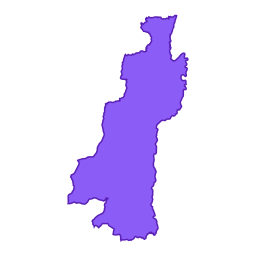 the district of El Zulia, Norte de Santander, Colombia
{"feature_id": "7082276B69134689190168", "entity_name": "El Zulia", "entity_type": "district", "adm_level": 2, "iso_a3": "COL", "parent_name": "Colombia", "parent_adm1": "Norte de Santander", "projection": "natural_earth1", "projection_center": [-72.603, 8.097], "detail": "fine", "context": "isolated", "style": "filled", "palette": "violet", "viewbox_px": 256, "rotation_deg": 0, "n_neighbors": 0, "source": "geoboundaries", "source_scale": "gbopen_adm2", "svg_char_len": 5826}
<svg xmlns="http://www.w3.org/2000/svg" viewBox="0 0 256 256"><path d="M156.0,233.3L156.6,230.6L157.1,229.7L157.8,229.0L158.0,228.3L157.5,225.4L156.7,223.2L156.9,221.6L155.9,219.3L153.9,218.2L153.2,217.4L153.4,216.5L155.0,215.8L155.1,215.3L154.7,214.6L154.6,213.4L154.1,212.7L153.6,210.8L152.5,208.7L152.5,206.8L151.6,206.1L150.9,204.8L151.0,203.9L151.6,203.4L152.4,200.8L152.7,199.2L152.0,197.0L152.6,195.5L152.8,190.5L152.6,189.9L151.7,189.0L151.5,187.5L153.5,185.7L154.0,182.8L154.5,182.2L155.4,181.8L155.8,180.5L155.7,179.3L155.0,177.3L154.9,176.1L156.1,171.6L154.7,168.3L153.7,167.1L153.3,163.9L154.1,160.1L153.6,156.0L153.8,154.6L154.2,154.1L155.7,153.9L156.3,152.8L156.5,146.4L155.5,144.8L155.5,143.6L157.1,141.0L157.4,140.0L157.2,139.0L156.2,136.7L156.3,136.0L156.7,135.3L156.6,134.4L156.9,132.8L157.9,129.6L157.6,128.9L156.4,128.4L156.4,126.9L156.9,124.9L161.3,120.7L162.5,120.3L165.2,120.5L166.9,119.1L169.7,119.0L170.3,118.5L171.0,117.0L171.8,116.0L172.9,115.6L173.7,116.0L174.4,115.9L175.0,115.4L175.5,114.4L176.8,113.7L177.1,112.9L177.0,111.0L177.3,110.1L178.0,109.5L178.8,110.0L179.5,109.8L181.5,106.7L181.4,105.7L180.6,104.4L180.3,102.3L180.7,101.0L181.5,99.7L182.0,97.9L183.0,96.6L183.3,95.3L183.4,90.1L184.2,89.4L185.7,89.6L186.2,88.9L186.0,87.9L184.4,85.4L184.8,84.6L185.9,84.6L186.1,84.4L185.8,80.8L185.2,80.3L183.3,80.7L182.1,80.3L181.2,79.0L180.9,77.5L181.3,75.6L182.4,74.7L183.5,74.8L185.3,76.4L185.8,76.3L186.2,75.8L186.3,74.8L186.0,73.8L185.9,72.7L186.2,71.5L187.0,70.0L187.2,68.7L186.7,67.7L185.3,67.5L185.0,66.7L185.3,66.0L186.5,65.2L186.8,64.3L186.7,63.5L185.8,62.3L185.7,60.9L186.2,60.4L187.6,60.1L187.9,59.4L187.7,58.7L187.0,58.0L185.3,58.5L184.6,58.0L184.3,56.8L184.9,54.3L184.6,53.5L183.9,53.1L182.6,53.4L180.7,54.9L178.7,57.4L175.2,60.6L174.2,60.7L173.9,61.0L173.7,60.7L172.5,60.5L172.0,60.0L171.8,59.4L171.4,59.2L170.9,59.2L170.7,59.0L171.4,55.3L170.6,54.7L170.5,54.2L170.1,53.8L170.2,52.9L169.8,52.3L169.6,51.1L169.7,49.8L170.6,48.9L170.1,48.0L170.7,48.0L170.8,47.2L170.3,46.8L170.2,45.2L169.8,45.5L169.8,44.7L170.1,44.2L169.7,43.8L169.8,43.1L169.3,42.5L169.6,42.2L170.3,42.0L170.2,41.4L170.7,41.4L170.9,40.9L170.2,39.4L170.3,37.9L169.7,36.4L170.4,35.8L170.3,35.4L170.7,34.6L170.3,34.5L171.6,33.2L171.8,32.0L172.4,30.9L172.5,29.3L173.7,27.3L173.8,24.2L174.8,22.4L175.0,20.8L176.4,16.7L176.6,15.7L175.9,15.4L174.8,15.6L173.0,17.1L171.2,17.0L170.4,16.5L169.8,16.9L168.7,16.6L168.6,17.4L169.1,17.7L168.8,18.1L169.0,18.6L168.7,18.9L167.6,18.2L167.0,18.4L166.5,18.3L164.8,19.1L164.0,18.8L162.1,18.9L161.4,18.4L160.8,17.3L158.6,17.1L158.0,17.6L157.0,16.9L154.6,17.1L152.6,17.7L151.6,17.6L151.2,17.8L150.2,17.7L148.9,16.9L147.2,18.5L146.9,18.5L146.4,17.8L145.7,18.8L145.9,20.1L147.0,21.2L147.0,21.5L144.8,22.6L143.3,24.2L141.6,22.9L141.0,23.2L141.0,23.9L141.7,25.3L141.8,26.0L141.1,26.7L140.9,27.7L143.3,30.6L143.6,31.3L144.8,31.3L145.9,31.9L148.6,32.4L148.9,33.4L150.3,34.4L150.4,35.9L151.4,36.7L151.5,37.9L151.1,39.2L151.6,40.6L151.5,41.1L150.8,42.4L150.6,43.2L149.7,43.7L149.6,44.6L149.0,44.9L148.1,44.8L147.8,45.6L146.7,46.4L146.2,47.5L146.8,47.9L146.9,48.4L145.9,49.0L146.0,49.8L146.5,50.7L146.3,51.3L145.2,51.4L144.4,52.0L142.6,51.0L140.7,51.1L140.3,51.4L139.7,52.6L138.2,52.8L137.5,53.1L136.3,52.9L134.4,54.4L133.7,54.5L132.7,54.0L132.2,54.3L131.8,55.2L131.6,55.4L130.9,55.1L129.3,55.1L128.4,54.5L127.8,54.8L127.2,55.6L126.0,55.4L125.5,54.5L125.1,54.9L123.5,59.9L123.6,61.1L122.4,62.6L122.7,64.5L122.1,65.3L122.0,65.7L122.4,69.2L121.2,71.5L122.2,74.7L121.1,76.0L120.5,77.8L120.9,78.7L122.1,79.1L125.6,79.5L126.3,79.2L126.8,79.5L126.6,80.2L126.2,80.1L126.3,81.2L126.9,82.1L126.1,83.2L126.1,84.7L125.8,85.3L126.4,86.4L126.8,88.1L125.3,92.5L124.1,94.5L124.5,95.8L123.3,97.3L120.6,98.5L119.7,98.5L119.6,99.1L119.9,100.5L119.7,101.0L118.1,100.8L116.9,101.3L115.5,101.2L114.9,102.0L112.7,102.5L110.8,102.1L108.9,102.1L108.6,102.5L107.6,102.8L107.4,103.6L106.3,103.4L105.5,104.0L106.0,104.9L105.1,106.4L105.3,107.2L104.7,107.8L104.6,112.3L103.8,113.2L104.1,114.7L103.4,115.8L103.2,117.0L103.8,118.4L102.9,120.9L102.7,122.4L102.0,124.9L103.2,129.8L103.2,131.0L103.6,131.7L104.3,134.3L103.9,135.9L102.9,138.0L102.8,138.7L101.4,141.6L99.5,143.5L97.6,147.0L97.3,148.2L97.3,150.4L96.4,152.8L93.5,156.5L92.1,157.0L89.8,156.8L88.0,157.0L85.5,158.6L83.7,158.6L81.9,159.0L78.1,160.1L77.7,160.4L79.0,162.4L79.1,163.7L78.4,165.5L74.5,173.2L72.1,174.8L71.5,174.8L70.8,176.3L70.8,177.2L71.6,178.1L71.8,179.3L72.8,180.7L72.9,182.2L73.3,184.0L73.3,185.4L74.1,186.1L74.2,187.8L73.8,188.6L73.6,190.2L72.5,191.3L72.0,192.7L71.3,193.4L68.8,194.7L68.2,196.0L68.3,203.1L68.1,203.6L70.2,203.6L72.6,202.8L73.6,202.2L74.9,202.3L76.5,203.2L78.5,202.7L80.2,202.9L82.1,203.8L84.6,204.1L85.8,203.6L87.2,202.3L88.2,200.9L88.5,200.0L89.5,199.0L91.2,199.0L94.5,197.7L96.5,198.3L98.8,199.6L102.6,200.5L103.5,201.0L104.5,200.6L105.0,200.1L106.1,198.0L107.9,198.4L106.3,200.6L106.0,202.5L104.9,203.5L104.6,204.3L104.5,205.6L105.1,207.4L104.5,208.5L104.5,209.8L103.8,211.7L102.7,213.2L98.0,215.5L95.3,217.7L94.2,219.2L93.1,219.8L92.1,221.1L92.8,222.1L92.9,224.3L94.0,225.6L94.2,226.7L94.7,225.8L95.8,225.5L97.4,226.2L98.6,227.6L98.8,227.7L99.6,226.4L100.5,226.1L102.0,224.0L102.6,223.6L107.9,223.6L108.9,225.6L113.9,228.8L114.2,229.3L113.6,231.1L113.1,234.4L114.3,234.8L116.4,234.9L119.5,234.3L120.2,235.1L120.9,237.8L120.6,238.9L121.0,240.6L121.9,239.8L124.2,239.9L127.1,239.4L128.8,240.4L131.6,239.7L131.6,239.9L133.8,238.6L135.0,236.7L135.4,236.5L136.0,236.6L137.2,237.5L138.4,237.6L139.3,236.9L140.7,237.3L141.6,238.0L142.8,237.7L144.1,239.1L144.7,239.2L146.0,238.0L146.0,236.7L146.3,236.1L147.7,233.8L148.6,233.8L149.2,232.9L149.7,233.1L150.1,232.3L151.4,232.4L151.2,233.2L151.9,233.1L152.2,233.6L153.5,233.3L153.5,234.5L154.2,235.2L154.8,235.0L155.3,234.0L156.0,233.3Z" fill="#8b5cf6" stroke="#5b21b6" stroke-width="1.5"/></svg>